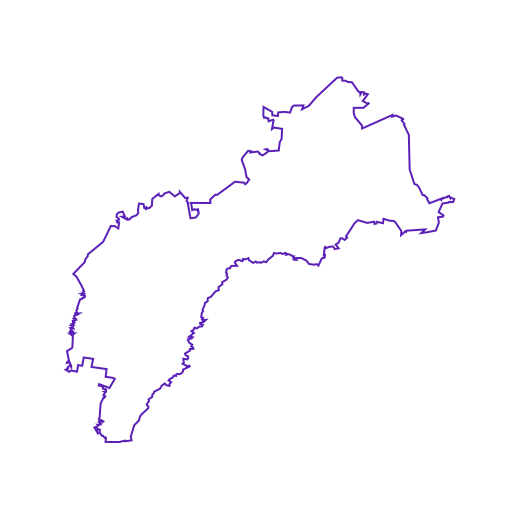 Ocozocoautla de Espinosa, Chiapas, Mexico, rotated 262°
{"feature_id": "50627088B54254401995416", "entity_name": "Ocozocoautla de Espinosa", "entity_type": "district", "adm_level": 2, "iso_a3": "MEX", "parent_name": "Mexico", "parent_adm1": "Chiapas", "projection": "robinson", "projection_center": [-93.582, 16.795], "detail": "fine", "context": "isolated", "style": "outline", "palette": "violet", "viewbox_px": 512, "rotation_deg": 262, "n_neighbors": 0, "source": "geoboundaries", "source_scale": "gbopen_adm2", "svg_char_len": 6011}
<svg xmlns="http://www.w3.org/2000/svg" viewBox="0 0 512 512"><g transform="rotate(262 256 256)"><path d="M394.0,282.8L391.8,283.2L391.9,284.8L391.0,285.1L390.7,287.3L387.6,287.3L388.6,291.8L387.9,292.3L379.5,289.5L380.7,291.8L378.3,299.5L368.5,297.7L365.2,295.3L357.3,293.2L357.9,284.0L360.5,281.7L360.3,280.4L359.1,282.6L357.2,281.7L354.7,276.6L356.8,273.5L357.6,273.8L359.2,272.2L359.3,264.9L360.4,265.7L361.3,262.9L355.8,256.8L353.3,255.2L343.2,257.3L335.4,257.6L332.8,259.9L329.3,256.8L328.6,255.2L330.2,254.5L332.5,245.6L322.0,226.1L322.3,224.2L318.3,218.5L314.8,218.2L317.6,199.1L310.3,199.2L310.9,201.6L310.3,202.2L310.4,205.1L308.9,205.2L309.1,204.5L306.3,205.3L302.5,201.9L302.5,196.4L318.3,195.7L318.2,196.2L320.2,194.9L323.2,196.5L323.3,194.0L329.8,189.7L329.2,189.7L326.3,183.9L331.6,179.1L330.6,173.8L329.3,172.9L328.2,170.7L329.6,168.2L331.1,168.2L326.9,161.2L320.3,159.9L318.2,156.7L318.4,155.0L319.2,154.6L318.2,154.0L318.9,153.7L318.5,153.2L319.4,153.1L319.2,152.1L323.1,151.8L324.2,147.4L317.7,145.5L315.3,145.5L313.9,144.4L313.0,143.3L311.7,138.1L309.8,135.8L309.8,133.7L311.3,133.8L310.8,132.3L313.6,128.6L313.5,131.7L318.5,130.2L318.1,125.9L316.8,124.1L314.1,123.3L311.8,125.5L310.3,124.9L310.4,122.9L308.5,123.3L308.0,125.1L302.5,123.5L305.3,120.1L305.9,116.4L291.3,106.6L281.0,89.7L279.4,89.4L276.0,86.3L273.7,85.5L263.7,72.6L260.4,75.4L251.4,78.9L246.1,80.7L245.4,79.9L244.6,80.7L243.4,79.4L243.1,77.8L242.2,80.3L241.4,78.4L240.3,81.0L239.5,81.0L238.7,80.2L238.5,78.2L237.6,77.5L237.6,75.8L229.5,71.7L228.6,72.0L227.2,70.5L223.9,71.1L223.7,73.0L222.7,70.7L224.2,70.1L224.6,69.1L223.8,68.9L223.0,69.9L222.1,67.6L220.6,67.8L219.8,66.8L219.3,68.4L217.9,69.2L217.5,66.6L217.0,67.2L215.1,67.0L214.8,66.2L215.7,65.5L213.8,65.4L214.0,63.8L213.2,64.2L213.6,65.4L213.0,65.8L212.9,63.6L212.3,64.5L209.8,65.1L210.7,63.7L209.4,63.1L210.5,62.8L210.5,62.0L208.6,63.0L207.2,61.4L206.8,62.4L206.0,61.4L206.1,62.2L205.5,62.5L206.2,62.8L205.4,62.9L208.1,63.4L206.3,63.7L207.2,64.7L204.7,63.8L204.6,65.5L203.6,63.9L204.4,61.5L202.1,63.5L191.4,61.5L190.4,60.8L188.2,55.6L177.5,56.3L177.6,54.5L176.5,53.9L176.9,55.9L175.9,57.0L175.1,56.6L173.4,57.7L171.9,57.5L173.6,56.6L171.9,54.0L170.7,54.3L169.9,51.7L167.3,54.9L168.4,56.7L166.4,62.6L172.7,64.7L171.5,68.6L179.5,71.3L176.8,80.4L169.0,77.7L164.8,92.3L157.3,90.3L155.3,97.2L154.0,99.1L145.7,92.5L151.0,82.8L149.7,82.2L147.9,86.5L146.1,85.8L144.6,89.0L142.8,88.7L142.7,87.2L142.1,88.1L139.6,85.6L138.1,87.2L136.9,86.3L137.3,85.6L131.8,81.7L117.6,78.6L116.6,77.7L115.4,78.6L115.0,78.2L115.0,79.4L114.2,79.6L114.7,80.3L113.5,81.8L112.5,80.1L113.4,81.2L114.2,79.1L113.0,77.5L112.4,78.1L112.7,79.0L112.3,78.4L111.4,79.2L111.1,79.0L111.7,78.7L110.5,77.1L110.9,75.6L110.1,76.1L109.1,74.8L108.7,72.1L103.6,74.2L107.2,74.8L105.5,77.3L102.4,76.1L102.3,76.9L99.3,78.5L99.3,79.4L96.9,81.0L97.3,81.8L96.7,82.2L92.8,81.1L90.8,94.8L91.4,100.4L90.8,100.4L90.7,107.1L94.5,106.8L105.4,111.9L109.5,117.3L113.3,118.8L115.3,120.9L120.2,128.0L122.1,128.6L123.3,127.3L124.5,127.3L127.3,129.9L129.0,129.6L130.9,133.6L133.5,134.2L134.1,135.6L135.8,136.3L138.0,142.5L140.7,144.6L142.5,147.9L140.5,149.3L139.4,152.2L141.2,152.5L143.0,154.4L144.9,152.1L145.8,152.9L147.5,157.0L149.0,157.8L148.4,160.2L149.6,160.3L150.2,161.2L149.6,163.9L150.3,166.0L151.6,167.5L153.7,168.0L155.9,175.0L156.6,174.8L156.6,172.5L159.5,168.3L160.5,169.7L164.3,169.7L163.2,173.7L164.1,174.5L166.0,174.8L167.5,172.5L169.3,172.1L171.4,177.3L173.1,177.7L172.8,181.1L174.2,180.9L175.6,179.3L177.1,180.5L179.2,178.0L182.4,176.8L182.9,177.1L183.4,181.0L184.4,182.0L185.3,178.5L188.4,183.8L190.6,181.6L191.4,183.7L193.6,185.1L192.5,187.4L193.9,189.8L193.8,192.8L195.3,193.8L196.5,191.3L197.5,191.3L198.0,195.1L199.7,197.5L199.9,194.2L200.9,193.6L202.0,195.0L203.1,193.3L207.0,194.3L208.7,195.9L210.2,195.5L214.1,198.1L216.7,199.0L217.8,201.7L221.0,202.4L221.8,205.6L226.7,211.2L227.3,214.3L230.4,214.6L232.7,218.8L234.8,218.8L236.6,223.5L238.7,225.2L240.9,224.1L242.6,224.9L243.7,224.0L247.0,225.2L247.6,226.6L247.5,228.7L249.2,229.5L249.6,230.6L248.9,235.9L252.5,234.1L253.5,234.7L254.7,238.2L252.8,241.6L253.6,242.6L254.7,242.6L254.2,245.6L255.0,248.2L252.9,248.5L249.6,252.2L250.6,255.0L249.3,256.0L249.4,258.2L248.6,259.8L249.6,263.0L248.4,265.2L250.9,267.7L253.9,272.8L256.5,274.2L255.6,276.5L255.6,280.7L254.3,282.4L255.0,285.6L254.5,286.1L253.1,285.7L252.9,286.5L253.6,287.7L251.8,291.3L250.5,292.1L250.4,293.5L248.0,292.6L247.9,293.2L247.0,293.2L246.6,295.5L248.5,294.2L247.8,300.3L244.6,305.1L240.7,307.4L239.4,312.0L239.4,315.2L237.8,316.5L244.3,320.7L244.8,323.7L247.4,324.5L247.2,323.2L255.1,325.3L255.4,325.9L254.0,326.5L254.9,329.8L254.7,333.6L251.9,335.1L252.1,338.9L256.2,336.5L257.7,339.6L261.8,342.2L261.5,343.9L259.6,346.0L261.5,348.8L262.8,347.8L274.8,358.2L277.3,361.9L273.3,370.7L273.5,377.8L271.3,377.8L271.4,379.8L273.0,380.4L270.8,386.3L275.1,387.5L272.5,392.8L271.6,397.0L270.4,398.5L260.5,403.4L256.5,402.6L259.7,407.4L259.0,408.0L260.1,408.6L258.8,427.2L255.7,422.8L255.7,428.8L256.2,437.6L263.5,441.7L269.0,441.6L269.0,446.8L270.1,447.3L274.1,443.0L282.0,447.9L282.1,454.1L282.6,454.3L282.0,458.7L284.8,460.3L287.0,456.7L286.4,456.5L288.8,455.5L288.3,453.9L287.6,453.7L287.9,452.9L287.2,450.8L287.7,449.6L286.9,449.0L287.1,447.9L285.8,447.3L286.8,446.7L284.1,435.0L288.3,433.4L289.1,433.9L292.7,431.2L293.2,429.5L301.6,426.8L304.1,425.2L305.2,422.9L320.3,420.2L354.7,424.2L365.3,420.8L366.0,421.5L370.0,419.1L371.1,419.6L370.8,421.6L375.7,414.2L375.0,410.2L376.7,410.8L367.5,378.8L370.6,379.0L379.8,373.3L384.1,372.7L389.1,373.4L387.8,383.0L391.8,389.5L391.6,387.5L394.6,383.3L400.6,389.3L401.6,387.5L400.9,385.4L402.9,385.9L403.7,383.7L401.4,381.8L403.9,382.0L404.4,380.4L414.8,375.1L415.4,371.6L417.1,369.0L417.7,365.8L420.4,366.2L421.0,365.6L421.3,361.2L405.0,337.9L397.4,329.3L394.9,322.1L398.5,323.9L399.7,314.4L398.5,312.4L393.3,309.7L394.8,304.1L395.1,298.0L391.6,297.2L393.1,291.8L396.4,292.1L402.6,284.2L394.0,282.8Z" fill="none" stroke="#5b21b6" stroke-width="2"/></g></svg>